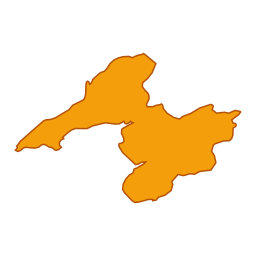 the border of Gwynedd
{"feature_id": "GBR-2130", "entity_name": "Gwynedd", "entity_type": "Unitary Authority (wales)", "adm_level": 1, "iso_a3": "GBR", "parent_name": "United Kingdom", "parent_adm1": "", "projection": "equal_earth", "projection_center": [-4.085, 52.896], "detail": "fine", "context": "isolated", "style": "filled", "palette": "amber", "viewbox_px": 256, "rotation_deg": 0, "n_neighbors": 0, "source": "natural_earth", "source_scale": "10m", "svg_char_len": 2245}
<svg xmlns="http://www.w3.org/2000/svg" viewBox="0 0 256 256"><path d="M152.7,200.7L152.7,199.4L148.1,199.5L139.4,201.9L134.8,202.5L132.2,200.8L124.5,192.7L122.6,189.4L123.2,184.2L125.9,178.9L129.5,174.9L132.5,173.3L133.1,172.7L133.9,169.8L134.2,169.0L134.9,168.6L136.7,168.1L143.6,164.0L145.7,161.9L141.3,162.3L138.4,164.1L135.5,164.6L122.7,152.6L119.5,147.4L118.7,145.4L119.1,143.7L122.1,143.0L124.0,141.5L123.6,138.2L122.3,135.0L121.5,133.6L121.6,130.6L121.9,129.2L123.0,128.3L133.0,122.8L131.7,122.4L131.2,122.1L130.7,121.3L128.8,122.9L126.8,123.9L125.2,123.6L123.8,121.3L119.5,123.8L114.9,124.0L105.3,122.8L93.2,125.7L90.4,127.0L87.0,128.6L75.4,128.5L71.9,129.8L68.7,132.0L62.7,137.2L63.3,137.8L63.8,138.7L61.1,139.9L59.5,142.3L59.4,145.0L61.4,147.3L59.3,149.0L58.1,149.8L56.8,150.2L54.8,150.0L52.5,147.8L48.8,146.9L45.6,144.9L43.7,144.4L41.7,144.8L40.5,145.6L39.5,146.6L38.3,147.3L34.6,148.1L25.2,147.3L22.7,148.5L20.3,150.6L17.9,151.5L15.4,150.2L17.1,148.2L17.3,147.3L16.6,146.0L17.7,145.0L20.1,141.5L43.5,120.9L46.1,119.8L49.3,119.6L52.4,118.9L55.7,117.6L69.2,109.6L72.6,105.3L83.6,99.8L85.0,97.1L85.7,93.3L86.0,84.5L86.5,82.1L87.6,81.2L88.7,81.7L89.2,83.1L89.9,84.4L91.3,82.8L92.6,80.3L92.8,79.4L99.5,73.3L101.4,72.3L104.4,71.3L106.6,69.0L110.1,63.5L113.9,60.1L118.3,57.9L123.2,56.7L128.5,56.4L129.9,56.7L131.2,57.3L132.5,57.7L134.6,56.5L138.3,55.2L142.2,54.4L143.6,53.5L144.6,54.2L155.9,63.6L152.1,72.8L147.5,78.5L143.0,82.5L142.3,84.7L142.6,87.1L144.9,90.1L147.8,93.1L149.0,95.8L149.0,99.3L147.3,102.6L146.5,104.2L147.1,106.7L149.1,106.7L153.0,106.7L156.2,105.3L159.4,104.8L161.4,104.0L162.7,105.3L163.3,108.6L167.3,113.4L173.8,117.5L179.4,119.1L182.8,116.4L190.8,113.4L197.1,109.6L199.3,108.2L210.7,104.4L212.6,105.1L213.3,106.4L212.1,109.7L216.5,113.1L224.7,112.3L228.8,113.2L234.2,110.8L235.1,110.4L240.1,111.4L240.6,112.0L238.8,114.5L231.7,119.9L233.2,123.2L235.4,123.5L236.2,124.8L235.8,126.3L233.1,128.2L232.9,134.9L231.7,138.5L229.4,140.7L223.3,141.0L214.8,143.9L213.2,145.5L211.6,151.3L214.4,155.7L215.9,162.7L210.9,170.1L199.7,171.5L194.6,174.2L189.8,173.8L183.7,175.6L178.0,174.5L171.8,181.6L172.8,184.6L171.1,190.5L164.8,195.3L158.6,197.1L156.0,200.2L152.7,200.7Z" fill="#f59e0b" stroke="#b45309" stroke-width="1.5"/></svg>